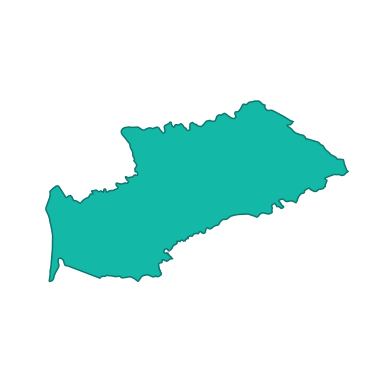 the district of San Francisco, Atlántida, Honduras, rotated 259°
{"feature_id": "27666195B12880656557631", "entity_name": "San Francisco", "entity_type": "district", "adm_level": 2, "iso_a3": "HND", "parent_name": "Honduras", "parent_adm1": "Atlántida", "projection": "robinson", "projection_center": [-87.027, 15.648], "detail": "fine", "context": "isolated", "style": "filled", "palette": "teal", "viewbox_px": 384, "rotation_deg": 259, "n_neighbors": 0, "source": "geoboundaries", "source_scale": "gbopen_adm2", "svg_char_len": 6094}
<svg xmlns="http://www.w3.org/2000/svg" viewBox="0 0 384 384"><g transform="rotate(259 192 192)"><path d="M182.3,349.1L184.0,348.0L185.3,347.8L190.5,346.9L194.6,346.8L195.0,346.4L196.1,342.8L196.5,340.9L198.5,339.8L199.7,338.7L201.4,336.3L202.6,335.1L204.4,334.1L208.1,331.1L212.3,329.5L214.2,327.2L215.9,326.2L216.9,325.2L221.3,316.9L222.7,313.8L223.7,313.8L224.4,313.5L226.1,312.4L226.7,311.5L227.4,309.5L229.9,305.4L230.7,304.5L232.5,303.0L235.3,301.4L238.4,298.3L239.0,298.1L239.4,298.2L239.6,298.8L239.3,301.0L239.5,302.0L240.1,302.9L241.8,304.7L243.7,301.7L246.8,298.5L250.2,294.6L256.6,286.6L257.2,285.2L257.5,282.1L258.6,280.6L261.5,279.5L262.6,280.1L263.4,280.1L264.9,277.7L267.2,276.3L268.6,274.8L269.2,271.2L269.2,270.1L269.0,268.4L269.3,266.1L268.9,264.6L267.4,262.1L267.5,261.5L268.3,259.9L268.3,258.8L267.8,258.2L264.4,255.6L262.3,253.1L262.1,252.4L262.3,250.1L261.9,249.4L260.5,249.0L257.3,249.6L256.7,248.9L256.1,247.6L256.2,246.6L257.2,244.7L259.2,242.6L262.6,239.7L262.9,239.0L263.0,238.2L261.9,235.5L262.5,233.5L262.5,232.7L262.1,231.9L261.3,230.7L258.7,229.3L257.3,228.1L257.5,225.2L258.9,223.2L258.8,219.9L258.6,219.3L256.2,216.5L255.0,214.6L254.6,213.5L254.7,212.7L255.9,210.1L257.5,209.2L258.1,207.4L260.0,206.0L260.1,205.4L259.9,204.4L259.6,203.6L259.0,203.0L255.8,202.2L253.8,201.9L253.3,201.5L253.1,200.9L253.3,199.4L253.6,198.8L255.6,198.1L257.1,196.6L259.7,195.5L261.0,194.4L261.0,193.7L260.3,191.5L261.2,189.4L261.2,188.8L260.7,188.0L259.4,187.4L259.2,186.8L259.3,186.3L259.9,185.7L261.7,184.8L264.0,184.9L264.4,184.7L264.6,184.2L264.7,183.5L263.5,182.3L262.7,178.9L262.1,177.7L260.8,177.1L257.7,177.2L256.3,176.9L255.5,176.5L255.2,175.5L255.6,174.6L256.8,173.8L259.8,172.2L260.9,172.0L262.3,170.3L262.3,168.4L261.7,165.7L262.9,163.3L263.1,162.0L262.8,159.7L261.9,156.9L262.0,156.2L262.6,154.9L265.6,151.9L266.1,151.0L266.7,146.2L267.9,142.0L268.0,139.0L267.9,137.7L267.3,136.0L266.2,134.7L264.9,134.1L263.3,134.0L261.2,134.7L256.8,137.2L254.2,138.4L252.2,139.6L250.6,140.0L246.8,140.1L244.2,141.0L242.0,141.3L238.4,140.9L236.0,141.8L234.8,141.6L233.7,140.9L230.6,142.5L229.1,142.9L228.6,142.8L227.4,142.0L225.8,140.4L224.4,140.2L222.7,140.2L222.2,141.7L221.8,142.0L219.8,142.1L219.2,141.9L218.8,141.5L218.7,141.1L219.5,139.9L219.6,139.0L219.4,138.2L218.0,136.5L218.3,134.2L218.1,132.9L218.6,131.3L219.6,130.2L219.6,129.7L219.0,129.5L217.0,130.1L214.7,131.5L213.8,131.6L212.9,130.0L213.7,127.9L213.3,125.5L213.4,123.7L215.0,120.1L215.1,119.5L214.6,119.0L213.3,118.9L212.4,119.2L210.9,120.3L210.1,120.3L209.6,119.4L208.6,114.8L209.0,111.4L208.8,110.6L208.1,109.0L208.2,108.3L208.5,108.0L211.0,107.7L211.4,107.5L211.6,107.1L211.6,106.5L211.4,106.1L209.3,105.3L208.8,104.7L210.5,102.8L210.0,100.2L211.8,98.8L212.2,98.2L212.0,95.6L212.2,93.9L211.8,93.6L209.9,94.4L209.0,94.4L209.3,91.8L206.5,89.4L206.0,86.7L205.6,85.6L204.5,83.3L202.8,81.1L202.3,80.2L202.7,79.6L204.3,78.0L205.3,76.7L206.2,74.5L206.5,74.0L210.1,73.2L211.7,72.1L211.8,71.4L211.7,70.2L210.5,68.0L210.6,67.5L210.8,67.1L222.7,62.4L223.7,61.3L223.7,60.1L223.5,59.1L222.7,58.1L222.4,56.8L219.6,52.6L216.7,52.3L214.0,51.4L204.1,45.5L202.3,45.3L201.5,45.4L196.7,46.6L194.0,47.0L190.6,46.9L187.0,47.1L180.9,47.1L176.1,46.9L163.0,44.2L145.4,39.2L141.9,37.8L137.4,36.8L132.0,34.9L131.4,35.1L131.5,37.0L132.0,38.3L133.2,39.5L136.3,40.8L139.6,43.2L143.5,46.5L144.3,46.9L145.4,47.4L148.8,47.3L151.3,47.7L152.2,48.9L152.2,49.8L151.7,51.1L150.2,52.4L148.4,52.8L145.3,53.1L144.4,53.4L143.9,53.8L143.4,55.6L125.0,85.2L125.7,85.8L126.3,87.7L126.2,89.0L125.8,90.6L126.5,92.7L125.7,94.4L124.8,97.8L123.7,100.1L123.4,101.5L123.2,105.1L121.5,106.2L121.0,107.5L120.8,109.6L120.7,113.1L120.8,113.9L120.4,115.6L118.3,118.6L114.7,121.8L114.9,122.6L117.9,125.5L118.9,126.9L119.3,128.8L119.2,130.6L119.4,132.5L116.1,137.4L116.1,139.3L116.4,140.2L115.5,141.7L115.4,143.2L116.1,144.5L116.5,145.8L117.6,146.3L118.7,146.2L119.5,145.6L120.6,146.0L121.3,145.5L121.6,145.6L122.2,145.0L124.0,145.4L124.9,145.1L127.9,145.6L128.4,146.6L128.5,148.9L130.0,149.6L130.8,149.6L131.2,149.9L130.9,150.9L129.5,152.9L128.8,154.2L130.3,157.3L130.5,158.7L130.2,159.4L130.3,160.0L132.8,158.7L133.6,157.6L134.5,157.6L135.3,156.3L135.6,156.4L136.2,156.8L136.7,156.7L137.1,155.4L136.9,154.1L137.9,153.0L138.9,153.0L140.8,154.1L141.0,154.5L141.1,156.2L140.4,157.0L138.9,157.6L138.6,158.1L138.7,158.6L139.6,160.4L140.4,161.5L142.4,162.9L143.1,163.7L143.7,166.1L144.5,167.5L145.0,167.8L146.1,167.7L146.4,168.1L146.4,168.9L145.7,170.8L146.5,172.0L146.7,173.0L146.4,173.6L145.3,174.5L145.5,175.8L145.4,176.1L146.4,176.4L146.6,177.3L147.3,178.2L147.1,179.4L147.6,179.5L148.5,179.3L148.9,180.2L149.3,182.0L148.6,183.3L148.6,183.7L150.4,185.8L150.6,186.8L150.5,188.1L149.9,190.1L150.3,190.7L151.3,191.5L151.6,192.2L151.5,192.8L149.5,194.6L149.2,195.4L149.3,196.4L150.0,197.4L152.7,198.4L153.7,199.8L153.8,200.7L152.6,201.9L152.4,202.5L152.6,204.3L153.4,205.5L154.3,207.5L154.7,209.8L154.4,210.3L154.5,211.0L155.1,212.1L157.4,214.1L158.8,216.3L159.1,217.2L158.7,220.1L158.9,221.2L159.2,222.1L160.7,224.7L160.9,225.7L161.2,229.4L161.1,233.1L159.7,242.8L156.4,248.7L155.0,250.7L155.2,251.9L156.9,253.9L157.7,255.3L158.0,256.4L157.8,258.4L156.7,260.6L155.8,263.0L155.8,264.1L156.3,266.0L156.9,266.9L159.0,266.9L161.0,267.8L162.6,267.5L163.3,267.6L163.9,268.1L164.9,270.4L164.9,271.1L164.4,271.7L161.6,272.4L161.0,274.6L158.9,276.4L158.9,277.4L159.6,279.0L160.4,279.0L161.8,277.8L165.1,276.4L166.4,275.4L167.0,275.5L167.4,275.9L167.8,278.3L167.8,279.7L167.2,280.5L165.4,281.8L164.7,282.7L164.4,284.0L164.6,286.3L164.4,287.5L163.6,289.6L161.9,291.5L161.7,292.0L162.8,293.1L166.7,295.4L167.9,296.6L168.8,297.8L169.7,299.2L169.6,301.2L169.8,301.8L170.2,302.2L171.7,302.7L172.8,304.5L173.3,306.7L173.4,308.1L173.1,308.3L171.8,308.7L169.4,311.9L168.9,313.6L169.0,314.4L170.3,317.0L170.2,319.4L170.4,321.6L171.9,323.2L172.0,323.9L173.5,324.1L177.3,326.6L177.9,326.5L179.8,324.8L180.0,324.9L180.4,325.5L181.3,329.8L182.1,335.1L181.5,337.1L181.0,339.9L179.7,341.9L179.6,343.6L179.8,344.6L181.4,347.0L182.3,349.1Z" fill="#14b8a6" stroke="#0f766e" stroke-width="1.5"/></g></svg>